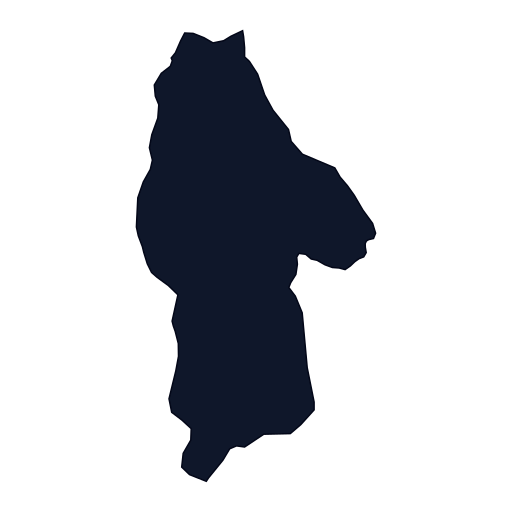 an SVG outline of Gnagna
{"feature_id": "BFA-2874", "entity_name": "Gnagna", "entity_type": "Province", "adm_level": 1, "iso_a3": "BFA", "parent_name": "Burkina Faso", "parent_adm1": "", "projection": "equal_earth", "projection_center": [0.073, 12.904], "detail": "fine", "context": "isolated", "style": "filled", "palette": "ink", "viewbox_px": 512, "rotation_deg": 0, "n_neighbors": 0, "source": "natural_earth", "source_scale": "10m", "svg_char_len": 1335}
<svg xmlns="http://www.w3.org/2000/svg" viewBox="0 0 512 512"><path d="M206.3,481.3L189.5,474.6L181.7,467.1L183.2,453.3L190.8,440.1L191.2,428.6L181.7,419.9L171.7,412.3L169.0,398.8L175.8,370.9L178.5,356.3L178.3,343.5L175.2,331.3L173.3,325.9L172.1,321.1L177.9,294.8L168.3,285.5L157.2,277.4L151.6,272.5L147.3,263.8L143.8,252.5L142.4,246.7L138.3,235.8L136.4,227.0L137.8,197.8L143.3,181.9L150.3,169.4L152.4,160.1L149.4,147.7L151.8,134.7L157.8,118.1L158.8,104.7L155.3,96.1L154.3,85.0L161.3,73.3L170.3,66.3L172.3,60.7L171.2,58.0L175.4,52.8L180.6,40.9L184.7,33.0L193.2,33.4L204.0,37.7L213.0,42.9L223.7,40.7L230.8,36.3L242.6,30.7L243.6,36.7L244.6,47.7L244.6,56.9L249.4,61.4L257.6,74.1L264.7,95.0L273.0,110.2L288.5,129.5L291.2,141.4L302.4,154.2L334.8,167.9L340.1,177.1L347.5,185.8L354.2,195.2L362.9,210.1L372.6,223.4L375.6,233.2L373.5,238.5L370.1,239.3L368.7,239.6L366.4,241.0L365.2,243.6L365.3,247.2L366.2,252.6L363.7,256.9L359.0,258.7L354.8,261.7L350.4,265.9L345.1,269.6L339.2,268.0L332.4,267.5L325.0,264.8L317.1,260.3L311.2,259.0L305.7,254.3L298.9,253.4L296.7,257.1L297.4,264.2L295.9,274.4L290.7,282.7L288.8,287.5L295.3,296.1L302.2,312.8L307.2,367.6L314.1,402.0L314.1,409.9L300.8,424.6L290.3,433.6L263.8,434.2L244.6,447.0L236.5,445.9L229.7,448.8L222.9,460.2L208.6,477.8L206.3,481.3Z" fill="#0f172a" stroke="#020617" stroke-width="1.5"/></svg>